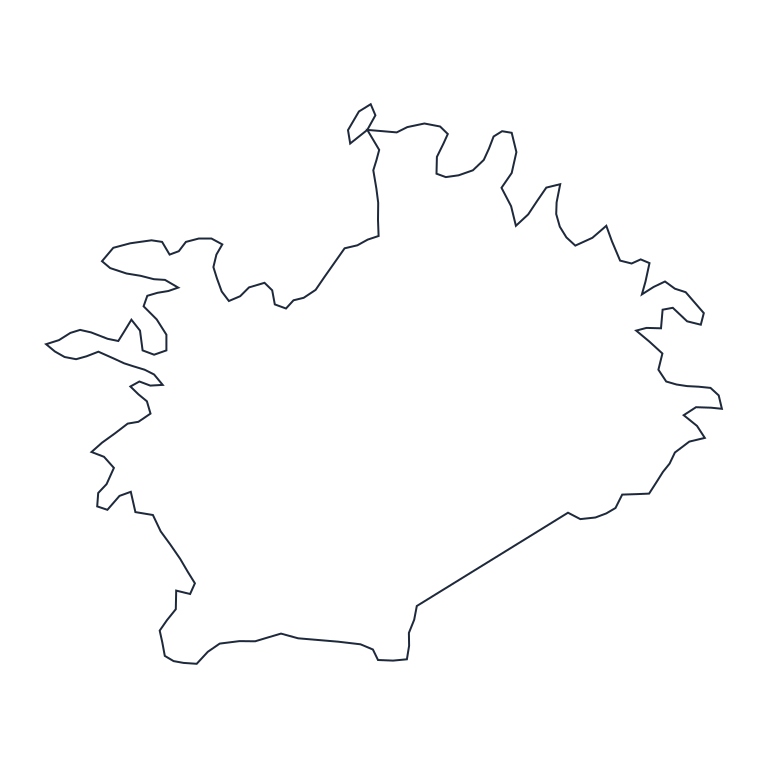 outline of Alegria, Rio Grande do Sul, Brazil
{"feature_id": "56859067B68819599415533", "entity_name": "Alegria", "entity_type": "district", "adm_level": 2, "iso_a3": "BRA", "parent_name": "Brazil", "parent_adm1": "Rio Grande do Sul", "projection": "mercator", "projection_center": [-54.067, -27.808], "detail": "fine", "context": "isolated", "style": "outline", "palette": "slate", "viewbox_px": 768, "rotation_deg": 0, "n_neighbors": 0, "source": "geoboundaries", "source_scale": "gbopen_adm2", "svg_char_len": 2707}
<svg xmlns="http://www.w3.org/2000/svg" viewBox="0 0 768 768"><path d="M367.3,129.9L379.2,149.9L376.4,160.3L373.3,170.3L376.4,188.7L378.2,202.8L378.0,219.9L378.6,236.0L367.7,239.6L357.4,245.3L344.6,248.3L334.7,262.4L324.5,276.9L315.6,289.9L303.7,297.8L293.5,300.3L286.0,308.5L274.8,304.4L272.2,290.3L264.5,282.8L249.0,287.4L240.2,296.2L228.9,301.0L221.7,291.5L216.9,278.3L213.4,267.1L216.4,254.6L222.3,244.4L211.4,238.5L198.9,238.5L185.9,241.9L178.8,251.2L169.6,254.6L162.1,241.9L151.5,240.3L140.0,241.9L130.2,243.3L113.3,247.8L102.0,261.2L110.2,268.1L126.5,273.5L140.6,275.8L153.9,279.2L165.0,279.9L178.2,287.6L168.4,291.0L157.5,292.8L147.3,295.8L143.6,306.3L156.7,319.4L166.4,334.7L166.4,350.4L154.1,354.7L142.6,350.4L140.0,330.6L131.4,319.7L124.1,331.7L118.3,341.0L107.6,338.8L91.1,332.4L80.1,329.9L70.4,332.9L59.0,340.1L46.1,344.2L54.9,351.5L64.6,357.0L76.1,359.2L86.5,356.3L98.4,351.7L113.7,358.5L124.1,363.3L133.4,366.3L144.6,369.7L154.1,374.5L162.7,384.9L150.3,385.6L139.4,381.5L130.4,386.5L138.4,394.3L146.9,401.3L150.5,413.6L138.4,421.8L127.7,423.6L114.9,433.4L102.0,442.7L91.5,452.0L104.0,456.8L113.9,467.9L106.6,484.1L98.2,493.0L97.2,506.4L107.4,509.8L119.5,495.9L130.8,491.8L135.4,512.1L152.9,515.0L160.7,531.4L170.0,544.1L180.2,558.9L187.7,571.7L194.9,583.3L190.1,594.0L176.2,590.6L175.8,609.2L167.0,620.1L159.7,630.6L162.3,642.4L164.8,655.9L173.6,661.1L183.5,662.9L196.7,663.8L207.8,651.8L219.7,643.6L239.6,641.1L255.1,641.3L267.1,637.7L281.0,633.6L298.1,638.3L338.3,641.7L360.5,644.3L372.9,649.5L378.0,660.0L393.1,660.6L406.9,659.3L409.1,645.8L408.9,632.9L414.2,619.7L416.8,606.0L568.0,512.7L580.3,519.1L595.4,517.5L606.3,513.4L615.5,508.0L622.2,494.6L637.2,494.1L649.1,493.6L656.7,481.8L663.0,471.8L669.6,463.6L674.9,452.5L689.3,441.6L704.8,437.9L697.0,425.9L683.7,415.2L696.0,407.2L711.1,407.7L721.9,408.8L718.7,395.4L710.5,387.9L698.6,386.7L687.1,386.1L676.5,384.5L666.2,381.5L658.4,369.7L662.4,353.5L649.5,341.7L636.2,330.6L646.5,327.9L661.0,328.3L662.6,309.7L672.8,307.8L687.1,321.3L700.8,324.7L703.8,313.1L685.7,292.2L674.9,288.7L665.0,281.5L653.7,286.9L641.9,294.4L645.5,281.5L649.5,263.1L640.7,259.4L631.6,263.5L620.1,260.6L611.9,241.2L606.3,225.8L592.4,237.8L575.3,245.6L566.4,237.4L559.8,226.7L556.2,214.0L556.6,202.4L560.2,184.2L546.3,187.6L537.1,201.0L528.2,214.4L515.9,225.8L511.1,206.2L501.5,187.8L511.7,173.0L516.4,152.1L511.7,132.8L502.1,131.2L493.6,136.5L489.0,148.5L483.8,159.9L472.9,170.3L458.6,175.3L445.8,177.1L436.5,173.7L436.9,156.9L443.5,143.5L447.8,134.0L440.1,126.5L424.4,123.5L407.3,127.1L396.7,132.4L382.8,131.2L367.3,129.9ZM367.3,129.9L375.4,115.3L370.7,104.2L358.9,111.5L348.0,130.1L350.2,143.5L367.3,129.9Z" fill="none" stroke="#1e293b" stroke-width="2"/></svg>